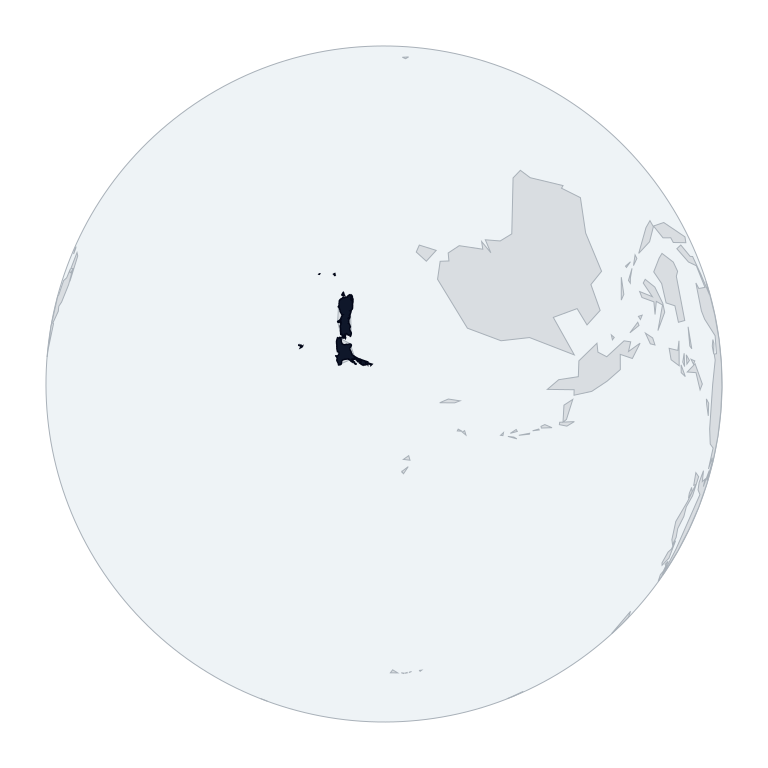 New Zealand highlighted on a globe, orthographic projection, rotated 143°
{"feature_id": "NZL", "entity_name": "New Zealand", "entity_type": "country or territory", "adm_level": 0, "iso_a3": "NZL", "parent_name": "Oceania", "parent_adm1": "", "projection": "orthographic", "projection_center": [173.207, -30.558], "detail": "fine", "context": "on_globe", "style": "filled", "palette": "ink", "viewbox_px": 768, "rotation_deg": 143, "n_neighbors": 0, "source": "natural_earth", "source_scale": "50m", "svg_char_len": 10868}
<svg xmlns="http://www.w3.org/2000/svg" viewBox="0 0 768 768"><g transform="rotate(143 384 384)"><circle cx="384" cy="384" r="338" fill="#eef3f6" stroke="#a8b0b8"/><path d="M422.4,300.6L422.8,303.1L422.3,303.4L422.4,300.6ZM671.9,207.1L668.1,201.0L668.0,200.8L671.9,207.1ZM473.9,58.3L473.8,58.2L457.7,54.7L467.4,56.5L473.9,58.3ZM591.8,650.4L590.0,651.0L577.7,659.4L573.5,659.8L565.2,664.7L567.6,662.5L567.3,661.4L563.6,663.0L576.0,653.2L592.1,643.5L596.9,641.8L600.4,638.1L611.9,631.9L611.6,631.1L631.5,613.7L636.8,608.3L615.3,630.4L591.8,650.4ZM549.1,150.5L546.9,145.0L552.7,149.5L549.1,150.5ZM542.6,141.0L544.0,143.0L542.2,141.2L542.6,141.0ZM539.3,139.3L541.7,140.6L539.1,139.7L539.3,139.3ZM535.0,137.8L537.3,138.4L537.1,138.6L535.0,137.8ZM528.0,133.9L526.1,132.8L528.1,132.8L528.0,133.9ZM551.5,670.6L573.1,655.0L562.7,663.3L564.8,664.5L550.1,673.7L551.5,670.6ZM553.7,674.6L550.7,677.2L547.2,679.2L548.5,677.9L553.7,674.6ZM352.3,47.6L349.5,47.9L352.5,47.7L346.6,49.0L323.9,54.1L329.0,50.7L338.3,49.2L352.3,47.6ZM272.2,65.1L275.4,64.0L274.9,64.6L250.2,76.4L198.2,105.6L196.9,110.4L191.5,115.8L181.0,122.5L188.5,114.5L184.9,114.8L190.7,109.9L176.3,119.2L184.1,112.6L169.1,124.0L166.2,127.5L176.0,120.9L159.7,134.8L159.6,139.7L150.9,152.2L121.8,185.8L105.1,203.8L102.3,209.1L100.2,208.1L90.5,223.3L88.9,242.8L86.5,251.4L74.1,277.0L75.1,270.8L69.5,268.0L63.4,290.5L67.4,298.2L68.7,315.8L63.3,316.4L62.7,301.7L60.8,300.1L64.9,281.1L70.3,259.6L65.2,272.2L68.8,262.3L78.4,239.9L89.5,218.2L102.2,197.4L116.4,177.6L132.0,158.9L148.8,141.3L166.9,125.0L186.1,110.1L206.4,96.5L227.6,84.5L249.5,74.0L272.2,65.1ZM167.5,630.4L171.0,630.8L172.7,633.9L167.5,630.4ZM113.6,333.3L120.2,331.2L120.2,332.8L113.6,333.3ZM106.5,332.1L113.5,328.4L105.8,336.0L106.5,332.1ZM116.3,327.1L123.5,320.3L126.6,316.3L126.4,319.6L116.3,327.1ZM102.0,335.0L80.7,351.2L73.3,354.4L74.2,347.5L86.3,337.8L102.0,335.0ZM73.7,348.0L63.4,344.6L55.1,320.4L57.9,315.2L67.8,322.9L67.0,328.2L73.2,332.8L73.7,348.0ZM101.8,297.1L101.1,311.2L88.6,318.9L83.4,321.0L79.6,307.3L81.7,297.3L85.7,294.1L105.6,253.7L111.7,256.1L104.6,271.4L109.9,279.0L101.8,297.1ZM116.9,230.3L106.7,246.7L117.0,226.9L116.9,230.3ZM124.9,213.6L123.9,219.0L121.9,215.4L124.9,213.6ZM99.1,216.6L94.6,221.6L96.1,217.9L102.7,209.4L99.1,216.6ZM144.2,163.4L138.4,173.8L135.5,178.1L136.3,173.2L144.2,163.4ZM379.1,445.0L388.6,449.7L383.5,461.7L373.4,473.6L357.4,476.0L379.1,445.0ZM272.2,473.7L261.9,459.3L276.3,456.6L278.8,470.0L272.2,473.7ZM386.8,436.6L391.0,424.2L383.0,406.9L394.0,423.2L408.7,426.6L392.9,449.3L386.8,436.6ZM191.6,427.0L156.9,470.9L146.5,472.6L143.1,460.8L121.6,434.7L124.4,433.5L115.0,414.6L132.1,383.2L142.4,343.1L158.9,338.9L167.1,312.7L186.3,309.0L184.4,328.0L208.7,335.3L214.5,292.7L239.8,333.5L264.5,348.1L283.8,378.4L278.2,435.4L265.3,448.2L258.1,443.2L253.9,450.0L240.7,449.2L224.0,432.2L220.3,439.0L219.7,424.5L216.3,438.2L205.1,428.3L191.6,427.0ZM333.4,324.8L338.9,326.4L350.8,335.5L341.7,333.3L333.4,324.8ZM409.1,307.5L413.9,312.1L407.4,311.9L409.1,307.5ZM422.3,303.4L414.4,303.4L422.4,300.6L422.3,303.4ZM350.1,299.3L353.7,302.4L351.9,303.3L350.1,299.3ZM347.7,298.2L349.3,293.9L350.4,298.5L347.7,298.2ZM317.8,273.3L320.1,271.2L321.8,272.9L317.8,273.3ZM130.2,326.5L138.5,311.3L144.0,308.2L130.2,326.5ZM312.8,268.6L305.8,268.1L306.1,265.9L312.8,268.6ZM312.2,263.4L310.9,260.2L316.6,267.6L312.2,263.4ZM298.1,256.4L307.2,261.9L297.3,257.0L298.1,256.4ZM293.5,257.2L287.5,254.9L287.7,253.9L293.5,257.2ZM235.6,265.0L256.8,281.4L241.9,282.3L224.4,272.9L214.4,285.2L189.4,288.4L194.0,280.7L189.7,271.7L166.3,274.0L161.6,269.2L169.2,262.8L154.9,262.5L170.3,254.9L177.5,265.5L186.6,253.3L204.1,252.0L222.5,253.1L239.0,260.7L235.6,265.0ZM172.1,282.6L175.0,281.8L172.9,286.4L172.1,282.6ZM276.1,248.0L284.8,254.1L284.1,255.7L280.0,254.8L276.1,248.0ZM242.5,258.1L259.6,245.9L264.0,245.8L253.0,258.8L242.5,258.1ZM254.6,239.4L263.3,240.3L268.4,246.0L266.7,247.7L254.6,239.4ZM140.4,281.2L140.1,284.9L136.4,283.6L140.4,281.2ZM145.1,277.3L156.8,276.9L144.2,280.6L145.1,277.3ZM114.0,279.5L116.8,286.1L125.7,276.4L119.0,287.2L125.9,297.8L124.2,304.0L117.1,292.2L116.2,308.6L112.4,310.4L109.4,298.4L112.8,280.7L116.6,272.4L133.1,261.8L114.0,279.5ZM144.6,267.3L141.7,259.1L144.1,252.1L147.1,255.8L144.6,267.3ZM134.8,240.9L129.1,234.0L122.4,241.0L137.3,220.9L140.1,230.6L134.8,240.9ZM132.2,221.7L125.8,227.9L133.4,217.0L132.2,221.7ZM125.0,225.4L125.9,219.0L130.1,217.6L125.0,225.4ZM135.2,220.5L138.9,208.6L139.8,214.2L135.2,220.5ZM128.0,205.3L134.6,211.1L123.4,212.9L129.8,192.4L135.1,189.1L128.0,205.3ZM200.5,116.3L203.0,112.4L209.6,109.5L206.0,112.9L200.5,116.3ZM233.7,98.6L212.3,107.5L195.5,116.1L197.6,116.7L188.3,125.5L188.5,120.6L204.9,109.0L216.5,104.0L224.2,97.8L236.4,91.8L243.0,85.7L250.2,82.1L247.8,86.4L233.7,98.6ZM245.4,83.4L261.3,73.4L271.0,71.9L269.7,73.8L258.3,78.8L253.8,79.2L245.4,83.4ZM268.0,70.8L263.8,71.4L278.4,63.2L283.9,61.3L278.0,65.4L273.7,66.4L268.4,69.1L268.0,70.8Z" fill="#d9dde1" stroke="#a8b0b8" stroke-width="1"/><path d="M383.6,446.9L384.1,446.9L386.4,445.2L387.3,444.8L387.5,444.8L387.3,445.2L387.0,445.3L387.1,445.7L386.9,446.0L386.9,446.4L386.6,446.8L387.1,446.6L387.2,446.3L387.1,446.2L387.3,445.8L387.6,445.7L387.5,445.2L388.1,445.3L388.5,445.2L388.5,445.4L388.9,445.4L388.4,446.2L387.7,446.7L388.1,446.7L389.2,445.9L389.2,446.4L388.6,447.1L388.0,447.4L387.8,447.7L387.9,448.2L388.2,448.5L387.9,449.1L388.2,449.1L388.7,449.6L388.4,450.2L387.4,451.5L387.0,451.8L387.0,452.3L386.8,452.6L385.5,454.0L384.6,455.9L384.1,456.7L383.4,457.2L382.6,457.5L381.9,458.3L381.5,458.4L381.5,458.5L382.0,458.8L381.8,459.1L381.2,459.3L381.1,459.5L381.8,459.4L382.0,459.5L382.3,460.4L383.4,460.7L383.6,461.4L383.5,461.7L383.4,461.8L382.8,461.9L382.3,461.8L382.1,461.5L381.0,461.7L380.9,461.6L381.3,461.3L380.9,461.0L380.5,461.3L380.5,461.6L380.4,461.8L380.1,461.8L379.0,460.9L379.6,462.0L377.4,463.3L376.5,463.4L376.4,463.8L376.2,464.1L375.7,464.1L376.0,464.3L375.7,465.6L375.6,467.0L375.4,467.9L374.8,467.9L375.4,468.2L375.3,468.6L374.6,469.6L374.4,470.5L373.7,472.3L373.7,472.5L374.1,472.9L374.0,473.3L372.6,473.8L372.2,474.1L371.7,475.1L370.6,476.1L369.7,477.3L368.4,477.8L367.4,477.9L366.0,477.5L365.2,477.8L364.8,477.7L364.5,477.8L364.2,477.5L364.3,477.2L364.2,476.9L363.6,476.5L362.2,476.6L361.5,475.6L360.9,475.4L360.7,475.4L360.4,475.9L360.2,476.0L359.1,476.1L358.0,476.0L357.6,475.9L357.5,475.5L358.3,474.4L357.5,475.0L357.2,475.0L357.5,474.5L357.4,474.1L357.0,474.5L356.5,474.6L356.4,474.2L356.5,473.8L356.5,473.7L357.8,473.4L358.3,473.3L358.5,473.0L357.7,473.0L357.6,472.7L358.4,472.0L357.3,472.1L357.3,471.7L357.4,471.4L358.0,471.3L357.8,471.1L357.8,470.8L358.6,471.2L359.0,471.3L358.8,471.0L358.8,470.8L359.2,470.6L358.4,470.2L358.3,469.7L358.7,469.2L359.0,469.5L359.3,469.4L358.9,468.9L359.0,468.7L359.8,467.9L360.1,468.6L360.1,468.2L360.1,467.6L360.5,467.4L361.3,466.5L361.8,466.9L361.6,466.5L361.5,466.0L363.5,463.5L363.9,463.2L364.7,462.8L365.3,462.9L366.4,462.1L366.9,462.4L366.7,461.8L366.8,461.6L368.2,460.6L368.9,460.4L369.3,460.1L369.6,460.1L369.6,459.7L369.9,459.6L369.7,459.5L370.3,459.0L371.2,457.9L371.5,457.8L371.9,458.0L371.8,457.7L371.5,457.6L372.2,457.2L372.8,457.5L372.5,457.2L372.4,457.0L373.0,456.7L373.3,457.1L373.4,456.5L374.3,455.3L374.5,455.5L374.5,456.2L374.6,455.1L375.2,454.0L375.8,453.8L375.5,453.4L375.9,451.6L376.4,449.9L376.7,449.7L377.5,449.5L378.4,448.4L378.7,447.8L379.1,446.4L379.2,445.0L379.8,443.9L381.5,442.5L382.3,442.3L382.8,442.5L381.9,442.6L381.8,443.3L382.0,443.9L383.0,444.4L383.3,445.0L383.4,446.3L383.6,446.9ZM384.3,409.8L384.4,410.1L385.2,409.3L385.1,409.8L385.3,409.9L386.4,410.2L386.6,410.5L386.8,410.6L387.1,410.3L388.3,411.0L388.4,411.7L388.5,412.0L388.8,412.0L389.4,411.6L390.4,413.6L390.2,414.1L390.6,414.8L389.7,414.7L389.7,414.9L391.6,417.9L391.3,419.0L391.6,419.7L391.4,419.9L391.3,420.6L391.1,420.8L391.2,421.0L391.7,421.2L391.9,421.4L392.1,421.2L392.7,421.5L393.9,422.0L394.1,422.9L394.2,423.2L395.0,423.2L394.8,421.2L394.8,420.2L394.3,419.4L394.4,419.1L394.7,418.9L395.7,420.6L396.1,420.5L396.1,420.9L396.4,421.3L396.6,421.8L397.0,424.6L397.6,425.2L397.6,425.5L397.3,425.4L397.2,425.5L397.5,425.9L398.4,426.1L400.6,427.4L402.4,428.0L402.9,428.1L403.7,427.9L404.2,427.6L405.1,426.5L406.4,425.6L407.6,425.8L408.8,426.6L408.1,428.1L407.6,430.9L407.3,431.5L406.4,432.3L405.9,432.5L405.5,434.2L405.7,434.9L405.5,435.5L405.3,435.4L404.9,434.7L403.7,434.4L402.7,434.6L401.7,435.2L401.1,436.0L401.0,437.1L401.1,437.4L401.7,437.8L400.4,440.6L399.7,441.4L399.3,442.2L398.2,443.5L397.6,444.7L396.3,446.6L395.0,447.7L393.3,448.9L392.9,448.7L392.7,447.7L392.2,447.6L391.4,447.8L391.4,446.9L391.5,446.7L391.4,446.6L391.2,446.6L391.1,446.8L391.2,447.0L390.9,447.2L390.5,447.2L390.3,447.0L392.1,444.4L392.8,443.1L393.2,441.2L392.8,440.2L392.1,439.2L391.3,438.7L390.2,438.4L389.2,437.4L387.3,436.6L386.8,436.1L386.5,435.5L386.6,434.8L386.9,434.4L388.0,433.8L389.5,433.4L390.2,432.7L390.4,432.4L390.7,430.3L391.0,429.1L391.4,428.4L391.6,428.0L391.4,427.2L391.6,426.9L392.0,426.7L391.1,424.6L391.3,423.9L391.0,423.9L390.5,422.5L390.6,422.4L390.8,422.5L391.2,423.2L391.2,422.8L391.5,422.6L392.1,422.5L391.4,421.6L390.6,421.9L390.0,421.6L389.6,420.3L388.7,419.0L388.9,418.9L389.7,419.6L389.9,419.1L389.9,418.7L389.4,418.3L389.4,418.0L389.6,417.7L389.1,417.0L389.1,417.5L388.0,416.8L387.4,415.5L387.4,416.2L388.6,418.0L388.5,418.3L388.2,418.4L388.0,418.2L387.5,417.1L385.0,413.4L385.3,412.9L385.8,412.5L386.0,412.0L385.8,412.0L385.4,412.3L384.8,413.1L384.5,412.8L384.3,412.2L384.1,412.1L383.6,411.4L383.9,410.9L383.9,410.3L383.1,409.0L381.6,407.0L383.2,406.8L382.8,407.4L383.8,409.0L383.9,409.3L384.3,409.8ZM363.6,479.3L363.6,479.5L363.2,479.5L363.6,479.9L363.7,480.0L364.0,480.0L364.1,480.5L363.9,480.7L363.2,480.8L362.8,481.2L362.3,481.2L361.9,481.6L361.3,481.7L361.3,481.3L361.7,481.0L361.7,480.4L362.1,480.3L362.0,479.9L362.2,479.6L362.1,479.0L362.1,478.5L362.8,478.4L363.6,479.3ZM429.0,463.2L428.8,463.3L428.5,463.3L428.0,463.8L428.1,463.4L428.0,463.2L427.5,463.3L427.8,463.5L427.5,463.7L427.7,464.3L427.9,464.3L428.1,464.7L428.1,464.9L427.6,465.0L427.3,465.2L426.9,465.1L426.9,464.7L427.4,464.0L427.3,463.7L427.0,463.5L426.1,463.4L426.5,463.1L426.9,463.1L427.4,462.9L429.0,463.2ZM358.0,501.5L358.1,502.0L357.5,501.9L357.2,501.6L357.1,501.9L356.8,501.8L356.9,501.6L357.4,501.1L357.4,500.3L357.9,500.2L358.1,500.4L357.9,500.7L358.0,501.1L357.8,501.3L358.0,501.5ZM395.0,417.2L395.1,418.1L394.8,418.0L394.6,417.8L394.2,417.4L394.1,416.9L394.4,416.6L394.5,416.6L395.0,417.2ZM387.2,444.5L386.6,444.8L386.7,444.1L387.4,443.6L387.4,444.0L387.2,444.5ZM357.4,472.8L357.4,473.2L356.6,473.1L356.7,472.8L357.2,472.6L357.4,472.8ZM369.5,510.5L369.8,510.8L369.4,510.9L369.1,510.7L369.5,510.5ZM358.2,470.0L358.4,470.7L358.0,470.6L357.8,470.4L358.2,470.0ZM428.5,466.5L428.3,466.5L428.4,466.0L428.7,466.0L428.8,466.2L428.5,466.5Z" fill="#0f172a" stroke="#020617" stroke-width="1.5"/></g></svg>